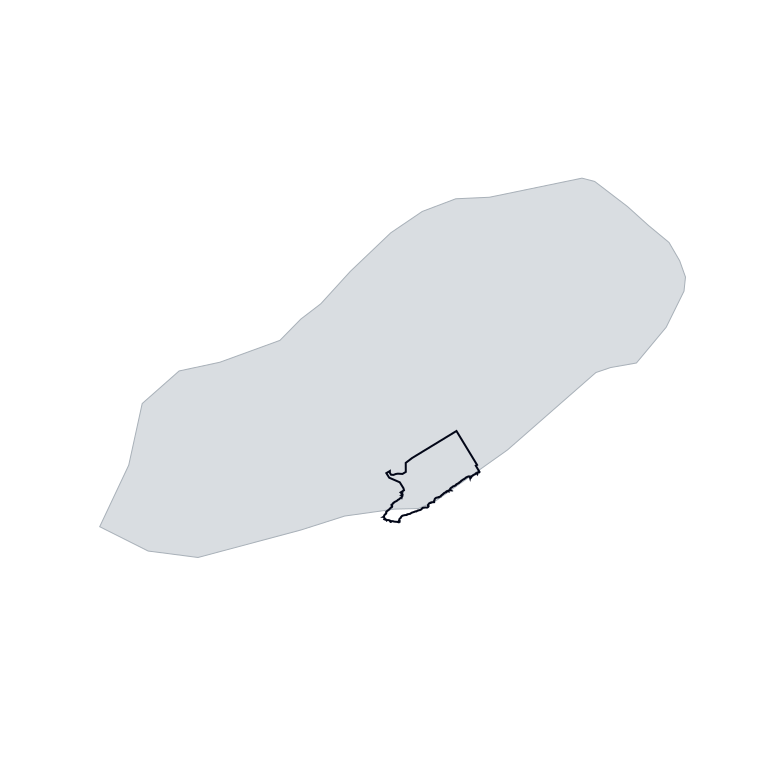 location of 86, Ar Rayyān, Qatar, rotated 239°
{"feature_id": "91078587B46444112589307", "entity_name": "86", "entity_type": "district", "adm_level": 2, "iso_a3": "QAT", "parent_name": "Qatar", "parent_adm1": "Ar Rayyān", "projection": "equal_earth", "projection_center": [50.779, 25.397], "detail": "fine", "context": "in_parent", "style": "outline", "palette": "ink", "viewbox_px": 768, "rotation_deg": 239, "n_neighbors": 0, "source": "geoboundaries", "source_scale": "gbopen_adm2", "svg_char_len": 5902}
<svg xmlns="http://www.w3.org/2000/svg" viewBox="0 0 768 768"><g transform="rotate(239 384 384)"><path d="M410.7,684.1L383.8,692.3L358.5,701.2L337.3,700.9L320.4,697.5L309.1,689.0L287.3,655.1L272.0,611.2L281.4,586.7L284.7,571.5L263.9,455.9L257.1,367.3L259.6,349.2L271.5,328.3L291.1,282.2L301.6,237.8L331.1,135.2L362.3,95.8L408.1,66.8L445.9,123.4L491.8,166.7L500.7,215.1L487.2,254.5L475.0,317.3L482.5,346.2L485.3,371.1L497.9,413.2L510.1,467.7L512.2,505.7L505.8,540.9L489.8,570.5L458.5,659.7L449.1,668.9L410.7,684.1Z" fill="#d9dde1" stroke="#a8b0b8" stroke-width="1"/><path d="M306.4,340.1L301.0,340.2L291.6,346.9L284.7,347.0L282.6,346.4L282.5,342.4L281.8,342.6L281.6,342.7L281.3,342.6L281.2,342.7L280.8,342.6L280.5,342.7L280.5,342.8L280.4,342.7L279.8,342.7L279.8,342.8L279.6,342.7L279.5,342.8L279.3,342.6L279.1,342.5L279.2,342.4L278.9,342.2L278.1,341.3L279.0,341.5L279.4,341.8L279.5,342.0L279.6,341.9L279.6,342.0L279.8,342.3L279.4,341.6L279.1,341.5L278.2,341.2L277.8,340.5L277.7,339.8L277.7,338.9L277.7,338.5L277.5,338.1L277.4,337.4L277.5,336.6L277.5,336.3L277.4,335.8L277.3,335.5L277.2,334.3L277.3,333.9L277.3,333.1L277.4,332.8L277.4,332.3L277.4,332.0L277.3,331.4L277.3,331.1L277.1,330.9L277.2,330.7L276.9,330.2L277.0,330.0L276.6,329.1L276.6,328.8L276.3,328.6L276.5,328.2L276.3,328.1L276.3,328.5L276.2,328.5L275.9,328.4L276.0,328.0L275.9,328.3L275.5,328.3L275.2,328.2L274.9,328.0L274.5,327.5L274.3,327.2L274.4,326.2L274.3,325.8L274.3,325.3L274.1,324.8L274.0,324.3L273.8,324.1L273.8,323.6L273.6,323.1L273.7,322.7L273.6,322.2L273.6,321.8L273.4,321.6L273.4,321.3L273.5,321.1L273.4,320.8L273.4,320.6L273.1,320.3L273.1,319.8L272.6,319.7L272.2,319.5L272.1,319.4L272.1,319.2L271.8,318.8L271.8,318.5L271.6,318.2L271.7,317.5L271.7,317.4L271.4,317.0L271.2,316.4L270.9,316.2L270.3,315.7L270.4,315.4L270.4,315.1L270.2,315.4L269.5,315.4L269.1,315.2L268.8,315.2L268.5,315.4L268.3,315.4L268.0,315.1L268.0,314.8L267.9,314.6L267.5,314.9L267.6,315.0L267.7,315.4L267.6,315.6L267.4,315.7L267.1,315.8L266.8,315.9L266.2,316.0L265.7,316.0L265.8,316.4L265.7,316.6L265.4,317.3L265.1,317.6L264.6,318.2L264.4,318.3L264.1,318.6L263.8,318.8L263.6,318.9L263.3,318.5L263.1,318.5L263.0,319.0L262.8,319.6L262.5,319.8L262.0,319.2L261.8,319.5L262.0,319.3L262.3,319.7L262.4,319.8L262.2,320.3L262.1,320.6L261.4,321.4L261.0,321.6L260.8,321.9L260.0,322.9L259.0,324.5L258.4,325.4L258.1,325.6L257.9,325.6L257.9,325.4L257.8,325.5L257.9,325.9L257.8,326.2L257.8,326.6L257.9,327.0L258.0,327.2L258.0,327.3L258.0,327.2L258.3,327.1L258.3,326.7L258.6,326.4L259.2,326.5L259.3,326.6L259.6,327.0L260.0,327.4L260.3,327.7L260.5,328.1L260.6,329.0L260.6,329.3L260.8,329.7L261.0,329.8L261.1,330.1L261.3,330.3L261.4,330.5L261.4,330.9L261.5,331.4L261.6,331.5L261.6,332.0L261.2,333.3L261.0,334.0L260.8,334.5L260.1,335.8L260.0,336.3L260.1,336.6L260.3,336.7L260.2,337.3L259.9,337.8L259.6,338.7L259.6,338.8L259.3,339.4L259.3,339.9L259.4,341.0L259.4,341.6L259.2,342.1L259.1,342.5L259.1,342.8L259.1,343.0L258.9,343.6L258.8,343.8L258.8,344.5L258.6,345.3L258.2,345.9L258.3,346.1L258.2,346.3L258.1,346.5L258.2,347.5L258.0,347.8L258.0,348.2L257.9,348.4L257.9,348.6L257.7,349.0L257.7,349.3L257.4,349.9L257.4,350.3L257.3,350.5L257.3,351.3L257.5,351.6L257.6,351.9L257.7,352.3L257.6,352.6L257.8,352.8L257.9,353.2L257.8,353.6L256.9,355.7L256.6,356.3L256.2,356.8L255.9,357.2L255.8,357.6L255.8,358.3L256.1,359.1L256.3,359.3L256.6,359.0L257.2,359.0L257.4,359.1L257.7,359.5L257.9,359.9L258.0,360.3L258.3,360.8L258.4,361.0L258.4,361.8L258.3,362.3L258.2,362.5L258.0,362.4L258.3,362.5L258.3,362.8L258.2,362.9L257.9,362.9L257.8,363.1L257.9,362.9L258.0,362.9L258.0,363.0L258.1,362.9L258.3,363.0L258.2,363.4L257.9,363.3L258.1,363.4L258.1,363.5L257.9,364.0L257.7,364.0L257.9,364.1L257.4,365.2L257.0,365.9L256.9,366.1L257.1,366.2L257.3,366.1L257.6,366.0L257.8,366.2L258.1,367.1L258.4,367.3L258.5,367.6L258.9,367.9L259.1,368.1L259.3,368.3L259.5,368.9L259.6,369.7L259.6,370.1L259.3,371.1L258.7,372.3L258.5,372.6L258.7,372.3L258.9,372.5L258.7,372.8L258.8,373.0L258.6,373.4L258.6,374.0L258.7,374.7L258.6,374.8L258.8,375.0L258.9,375.3L258.9,375.6L259.1,376.4L259.0,376.5L259.0,376.9L259.3,377.8L259.2,378.1L259.4,378.4L259.4,378.6L259.5,378.9L259.4,379.5L259.6,379.7L259.5,380.2L259.5,380.7L259.3,381.2L259.2,381.6L259.5,381.7L259.7,381.8L259.8,382.2L259.8,382.6L259.6,383.1L259.3,383.5L259.1,383.7L259.3,383.7L259.5,383.9L259.5,384.4L259.5,384.7L259.2,385.2L259.0,386.1L258.7,386.1L258.6,386.3L258.8,386.2L259.0,386.2L259.1,386.5L258.7,386.5L258.7,386.4L258.6,386.5L259.2,386.5L259.4,386.6L259.6,386.4L260.1,386.7L260.3,387.2L260.5,388.3L260.4,388.6L260.5,389.1L260.5,389.6L260.7,390.2L260.4,391.5L260.5,391.9L260.3,392.2L260.3,392.7L260.2,393.0L260.2,393.4L260.3,393.6L260.6,393.8L260.7,394.1L260.7,394.3L260.8,394.6L260.6,395.3L260.6,395.5L260.7,395.8L260.7,396.1L260.6,396.3L260.6,396.5L260.5,397.2L260.8,397.6L260.9,398.0L260.8,399.0L261.0,399.5L261.0,400.0L261.2,400.3L261.3,400.4L261.3,400.5L261.2,401.4L261.3,401.6L261.3,401.9L261.3,402.2L261.4,402.9L261.4,403.1L261.2,404.0L261.4,404.3L261.4,405.4L261.4,405.8L261.6,406.0L261.6,406.5L261.4,408.2L261.1,409.1L260.8,409.6L260.6,409.7L260.3,409.6L259.9,409.7L259.9,409.8L260.3,409.7L260.5,409.8L260.2,410.1L259.9,410.3L259.7,410.0L259.7,409.6L259.0,409.4L259.1,409.5L259.6,409.7L259.7,410.2L259.7,410.4L259.7,410.5L259.8,410.3L260.0,410.6L259.8,411.0L259.7,410.5L259.8,411.0L259.7,411.1L259.4,411.0L259.3,410.9L259.2,410.9L259.3,411.1L259.9,411.3L259.8,411.9L259.7,412.8L259.8,412.9L259.9,413.1L259.9,413.6L259.8,414.9L259.7,415.3L259.7,415.5L259.9,416.1L259.9,416.9L260.0,417.1L259.9,417.7L259.9,418.1L259.7,418.3L258.9,417.7L259.0,417.6L258.9,417.6L259.8,418.7L259.9,418.8L259.7,419.2L259.2,420.1L259.4,420.6L266.7,420.6L266.7,422.1L306.4,421.9L306.1,370.0L305.2,362.0L297.4,357.4L297.4,353.5L300.0,349.7L300.8,347.7L301.2,345.3L302.6,343.3L304.9,343.3L306.4,344.2L306.4,340.1Z" fill="none" stroke="#020617" stroke-width="2"/></g></svg>